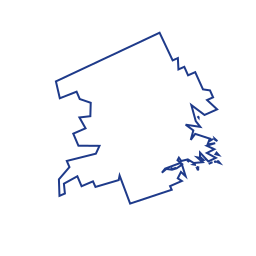 the district of Derby-West Kimberley, Western Australia, Australia, rotated 156°
{"feature_id": "25037944B76695994650709", "entity_name": "Derby-West Kimberley", "entity_type": "district", "adm_level": 2, "iso_a3": "AUS", "parent_name": "Australia", "parent_adm1": "Western Australia", "projection": "albers", "projection_center": [123.97, -17.504], "detail": "medium", "context": "isolated", "style": "outline", "palette": "blue", "viewbox_px": 256, "rotation_deg": 156, "n_neighbors": 0, "source": "geoboundaries", "source_scale": "gbopen_adm2", "svg_char_len": 1763}
<svg xmlns="http://www.w3.org/2000/svg" viewBox="0 0 256 256"><g transform="rotate(156 128 128)"><path d="M60.4,202.2L174.9,199.9L178.2,182.9L160.2,182.1L160.3,174.1L151.8,166.2L157.6,154.1L168.1,157.4L166.9,145.0L180.3,145.1L180.5,132.0L161.3,123.3L167.8,117.6L197.3,122.8L197.4,116.1L212.0,109.2L218.2,93.9L212.3,93.8L209.2,103.2L193.9,104.5L194.1,93.7L181.7,93.5L181.7,87.4L157.7,84.2L155.0,88.0L156.8,58.1L113.2,53.8L113.2,57.8L100.4,57.7L103.0,61.8L97.5,66.3L95.0,60.5L93.6,72.5L100.0,71.4L104.8,72.0L109.6,75.0L115.2,73.4L110.6,75.8L95.1,74.8L92.7,72.0L95.9,78.4L93.6,80.2L92.8,76.2L86.1,75.0L82.2,69.3L73.7,66.4L76.8,73.1L72.7,70.3L74.0,72.3L72.2,76.2L68.2,64.8L59.9,65.0L66.1,73.1L57.8,73.5L63.2,79.7L54.5,78.7L62.0,80.6L57.6,85.0L69.0,95.3L75.5,91.6L69.3,99.2L74.0,107.6L61.5,99.6L63.3,106.7L60.8,123.2L52.8,108.8L39.0,108.8L44.4,121.4L37.8,121.4L37.8,129.0L43.8,132.8L43.9,151.7L51.7,151.7L51.7,161.0L58.1,161.0L54.0,171.6L59.7,171.6L60.4,202.2ZM65.8,62.5L68.9,62.4L64.7,62.4L65.8,62.5ZM56.1,66.4L57.1,69.5L58.7,68.5L56.1,66.4ZM51.7,79.7L53.1,82.8L53.2,81.7L51.7,79.7ZM55.8,83.3L58.1,84.2L58.8,82.9L55.8,83.3ZM73.2,68.4L74.9,69.2L71.8,67.5L73.2,68.4ZM80.1,61.1L81.3,62.5L81.3,61.7L80.1,61.1ZM87.1,74.4L86.5,73.1L86.1,72.1L86.2,73.5L87.1,74.4ZM58.6,60.2L59.7,61.8L59.5,60.9L60.0,61.0L58.6,60.2ZM59.1,109.1L59.7,110.4L59.3,108.7L59.1,109.1ZM70.6,67.0L70.8,68.0L70.8,67.4L70.6,67.0ZM81.5,68.4L81.8,68.4L81.8,68.1L83.1,68.1L81.8,67.2L81.5,68.4ZM81.1,64.6L80.1,63.1L79.8,63.5L81.1,64.6ZM63.0,61.9L60.8,61.1L62.0,62.0L63.0,61.9ZM101.4,71.9L100.3,72.2L103.1,72.3L101.4,71.9ZM58.3,58.5L58.7,59.9L59.5,59.7L58.3,58.5ZM104.6,73.4L105.5,72.7L104.2,73.0L104.6,73.4ZM71.7,68.2L72.8,69.5L72.7,69.0L71.7,68.2Z" fill="none" stroke="#1e3a8a" stroke-width="2"/></g></svg>